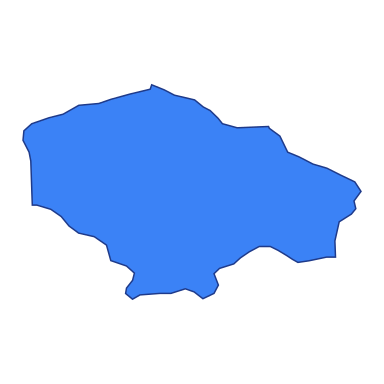 Åtvidaberg, Östergötland, Sweden
{"feature_id": "70781695B49758831077864", "entity_name": "Åtvidaberg", "entity_type": "district", "adm_level": 2, "iso_a3": "SWE", "parent_name": "Sweden", "parent_adm1": "Östergötland", "projection": "robinson", "projection_center": [16.151, 58.245], "detail": "fine", "context": "isolated", "style": "filled", "palette": "blue", "viewbox_px": 384, "rotation_deg": 0, "n_neighbors": 0, "source": "geoboundaries", "source_scale": "gbopen_adm2", "svg_char_len": 997}
<svg xmlns="http://www.w3.org/2000/svg" viewBox="0 0 384 384"><path d="M335.5,257.1L334.9,240.9L339.2,221.8L351.4,214.1L355.8,208.7L354.0,201.0L361.0,191.4L354.8,181.9L340.0,174.8L326.9,168.2L313.0,164.1L299.1,156.9L287.7,152.2L279.9,136.1L269.4,128.4L268.5,126.5L237.2,127.8L222.4,123.7L218.1,118.3L210.2,110.6L203.3,107.0L194.6,99.9L174.5,95.2L164.1,89.8L151.7,84.8L150.2,89.2L130.2,94.0L111.0,99.3L98.8,103.5L78.8,105.3L63.1,114.2L49.2,117.7L31.8,123.7L23.9,130.8L23.0,140.3L29.1,152.2L30.8,161.1L32.3,205.1L36.8,205.1L50.8,209.3L61.2,216.5L69.0,226.0L78.6,233.1L94.3,236.7L106.5,245.1L110.8,260.6L126.5,266.0L134.4,273.1L132.6,280.3L126.5,288.1L125.6,293.5L132.5,299.2L140.0,294.9L159.9,293.4L170.9,293.4L185.3,288.8L194.1,291.9L202.9,298.7L214.0,293.4L218.4,285.1L214.0,273.7L219.5,268.4L233.8,263.9L240.5,257.8L249.3,251.8L259.2,246.5L270.3,246.5L278.0,250.3L286.8,255.6L292.4,259.3L297.9,262.4L308.9,260.8L326.6,257.1L335.5,257.1Z" fill="#3b82f6" stroke="#1e3a8a" stroke-width="1.5"/></svg>